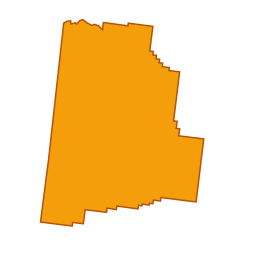 Musselshell, Montana, United States of America, rotated 277°
{"feature_id": "52423323B78609580638287", "entity_name": "Musselshell", "entity_type": "district", "adm_level": 2, "iso_a3": "USA", "parent_name": "United States of America", "parent_adm1": "Montana", "projection": "mercator", "projection_center": [-108.305, 46.444], "detail": "fine", "context": "isolated", "style": "filled", "palette": "amber", "viewbox_px": 256, "rotation_deg": 277, "n_neighbors": 0, "source": "geoboundaries", "source_scale": "gbopen_adm2", "svg_char_len": 812}
<svg xmlns="http://www.w3.org/2000/svg" viewBox="0 0 256 256"><g transform="rotate(277 128 128)"><path d="M88.0,53.0L24.0,52.6L23.9,84.6L27.5,84.6L27.5,95.3L41.7,95.5L41.7,117.0L45.9,117.0L45.6,126.4L49.2,126.4L48.9,147.8L52.5,147.8L52.4,151.3L54.2,151.3L54.1,158.5L55.9,158.5L55.9,162.0L59.5,162.0L59.5,169.2L63.0,169.2L62.9,204.6L126.4,204.5L126.4,179.3L133.5,179.4L133.5,175.9L140.6,176.0L140.7,172.4L190.0,172.4L190.0,161.7L193.0,161.7L193.0,154.6L196.6,154.5L196.5,151.0L200.1,151.0L200.1,147.4L203.6,147.4L203.6,143.8L207.1,143.8L207.1,140.2L231.9,140.3L232.1,115.5L229.4,115.5L229.7,90.7L222.5,90.7L226.0,86.0L226.8,81.9L225.4,79.6L227.4,74.4L230.1,70.1L228.8,67.1L225.0,64.4L226.0,63.1L224.3,58.6L227.3,58.1L226.6,54.5L224.2,51.4L88.0,53.0Z" fill="#f59e0b" stroke="#b45309" stroke-width="1.5"/></g></svg>